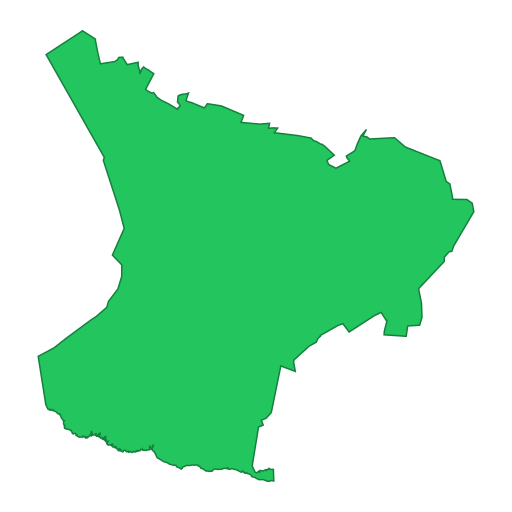 Arriaga, Chiapas, Mexico (Natural Earth projection)
{"feature_id": "50627088B65202645179540", "entity_name": "Arriaga", "entity_type": "district", "adm_level": 2, "iso_a3": "MEX", "parent_name": "Mexico", "parent_adm1": "Chiapas", "projection": "natural_earth1", "projection_center": [-94.031, 16.255], "detail": "fine", "context": "isolated", "style": "filled", "palette": "green", "viewbox_px": 512, "rotation_deg": 0, "n_neighbors": 0, "source": "geoboundaries", "source_scale": "gbopen_adm2", "svg_char_len": 5946}
<svg xmlns="http://www.w3.org/2000/svg" viewBox="0 0 512 512"><path d="M418.6,288.7L444.2,261.5L444.4,257.1L449.1,251.7L451.8,251.4L453.7,246.0L473.8,211.7L472.2,203.2L466.9,199.5L452.6,199.3L452.4,196.6L449.9,184.0L446.2,181.4L440.0,160.8L405.3,147.0L394.5,137.7L369.6,139.0L367.1,137.0L362.9,136.1L366.4,129.5L360.8,136.1L357.5,143.5L354.8,150.8L346.4,156.0L346.7,157.5L349.6,161.2L335.9,168.2L328.5,164.4L327.0,160.3L334.3,155.2L324.7,146.2L322.0,144.2L320.8,144.2L316.6,141.6L313.5,140.6L311.1,138.1L298.0,135.6L274.3,132.7L277.6,128.1L273.3,127.9L268.5,128.2L269.6,123.3L260.0,124.1L241.0,122.4L243.6,115.4L221.4,105.9L207.4,103.7L204.4,107.9L191.8,102.7L186.8,101.2L186.0,100.4L188.5,93.1L186.0,93.9L181.8,94.4L179.5,95.1L178.1,96.0L177.5,102.0L180.2,105.5L179.8,106.4L178.1,107.8L177.6,109.3L168.3,103.7L161.1,100.2L156.5,96.8L155.9,95.5L153.5,92.6L152.3,93.1L150.8,92.7L147.4,90.8L145.6,89.3L153.8,73.7L150.1,71.3L148.6,70.0L145.9,68.7L143.6,67.0L141.8,68.9L139.9,74.0L139.7,70.2L138.7,68.3L138.6,66.8L138.1,65.3L138.2,62.3L127.2,64.6L123.1,58.1L122.9,57.2L118.9,57.4L117.4,59.8L114.6,61.6L100.4,63.8L98.1,54.2L95.5,40.8L95.4,39.1L82.4,30.7L81.8,31.3L46.1,54.6L104.3,157.4L103.3,160.3L119.5,210.3L124.2,228.4L112.4,255.1L121.8,264.9L121.7,276.4L118.0,288.8L108.5,301.3L106.8,307.3L96.2,316.5L90.9,320.0L66.0,338.4L54.1,347.8L38.2,356.3L45.8,404.6L48.0,409.2L50.0,410.1L50.2,409.5L50.5,410.1L51.7,410.0L52.5,410.5L52.9,409.8L53.2,410.5L56.1,411.8L57.5,413.3L58.6,414.0L58.9,413.9L59.3,414.3L59.7,414.1L59.8,414.7L60.3,415.1L61.7,418.6L62.5,419.0L63.3,420.6L64.2,420.7L63.7,421.2L63.5,423.1L63.8,424.5L64.4,425.0L64.3,425.8L64.8,425.7L64.4,427.5L64.6,428.2L65.1,428.2L65.2,428.6L65.7,428.9L66.7,428.9L67.6,429.4L68.9,429.4L70.8,430.6L71.2,430.5L72.3,433.1L73.0,433.9L73.4,433.9L73.5,433.3L75.4,433.5L76.1,434.4L75.9,435.1L76.7,435.6L76.9,435.3L77.3,436.1L79.1,437.1L79.2,436.9L80.7,437.2L82.3,436.8L82.6,437.1L82.7,436.8L83.1,436.6L83.1,436.2L84.0,436.8L84.5,436.7L84.8,436.3L84.8,435.8L85.0,436.9L84.8,437.1L85.5,438.0L86.3,437.9L86.3,437.5L87.1,437.7L87.0,436.9L87.4,436.8L87.7,437.4L87.9,437.1L88.4,437.1L90.0,435.4L90.4,435.6L90.2,435.2L91.0,435.3L91.0,434.8L91.6,434.3L91.5,433.8L91.0,433.3L91.0,432.7L91.2,433.3L91.8,433.5L91.4,432.7L91.6,432.2L91.3,431.8L91.5,431.6L91.9,432.4L91.6,432.9L92.2,433.2L91.7,434.1L91.8,435.3L92.8,435.2L93.3,434.9L94.7,435.0L95.3,434.5L95.5,433.9L96.0,433.6L95.8,433.2L96.2,433.6L96.1,434.2L96.0,434.5L95.5,434.4L95.6,435.2L96.5,436.2L97.8,436.2L98.5,436.6L98.7,436.4L98.7,436.0L97.9,435.4L98.3,435.3L98.5,434.0L99.8,434.3L100.1,432.5L100.3,433.2L100.1,433.9L100.2,434.6L99.1,435.3L99.4,436.0L99.2,436.9L100.2,437.6L100.7,437.5L100.5,437.8L100.8,438.2L102.2,438.7L102.7,438.1L102.8,438.5L103.2,438.3L103.4,437.8L104.7,437.7L104.9,436.7L105.6,436.6L104.7,438.0L103.8,437.9L103.8,438.6L103.1,439.4L104.1,439.7L105.2,440.6L105.2,439.6L105.7,438.7L106.0,439.4L105.8,440.1L105.6,439.9L105.4,440.1L105.6,441.3L105.9,441.4L106.2,440.8L106.3,442.0L106.7,442.0L107.1,442.5L107.4,442.3L107.2,441.8L107.9,441.5L107.3,442.5L106.6,442.5L107.2,444.4L107.8,444.5L108.3,445.1L108.8,444.8L109.7,444.8L111.5,445.6L111.5,445.0L112.0,445.0L111.8,444.3L112.2,444.0L112.8,444.5L112.2,444.3L112.2,444.7L112.8,445.0L112.4,445.3L111.8,445.2L111.6,445.7L113.1,447.1L113.9,447.0L114.8,447.7L115.7,447.8L115.8,447.4L115.4,447.5L115.8,447.3L115.7,446.7L116.5,447.3L116.2,448.0L116.5,448.6L117.4,449.1L118.2,450.5L118.9,450.8L119.8,450.5L120.4,450.0L120.2,449.2L119.3,448.8L120.4,448.4L120.0,448.7L120.5,449.6L121.0,450.0L121.0,450.3L120.5,450.5L120.6,450.9L122.7,451.8L123.4,451.6L123.6,450.6L124.4,450.2L125.7,450.4L125.8,451.0L126.6,451.7L127.0,451.3L127.0,450.8L127.1,451.7L128.3,451.7L128.6,452.1L128.8,452.0L129.0,450.7L129.1,452.2L129.6,452.1L129.7,451.7L130.8,451.6L131.8,452.4L132.1,452.1L132.4,452.3L133.1,452.0L133.8,451.4L134.4,451.9L135.6,451.9L136.0,451.7L136.0,451.0L136.5,450.8L136.9,450.7L136.5,451.3L137.0,451.4L137.9,451.2L138.0,450.8L140.0,450.7L140.8,449.4L141.5,449.7L142.1,449.5L142.3,449.1L142.6,450.1L144.2,450.4L144.9,450.2L145.9,450.5L146.2,450.1L147.4,450.1L148.2,449.7L149.3,449.9L150.0,449.3L149.9,448.4L150.2,448.1L149.8,447.5L150.1,447.1L149.6,446.3L150.2,446.2L150.6,447.3L150.5,448.2L150.7,448.9L151.1,449.1L151.1,448.8L152.1,448.0L152.7,446.7L152.8,445.2L153.1,445.2L153.4,445.4L153.0,445.6L153.0,446.8L152.4,448.4L152.0,448.7L152.0,449.4L152.7,450.7L153.9,451.2L154.5,452.6L155.3,453.1L155.3,453.9L156.4,455.8L156.6,456.9L157.9,458.3L158.5,458.4L164.0,461.8L166.9,462.5L169.4,464.1L173.3,465.2L176.0,465.3L176.2,466.0L177.0,467.0L179.0,467.6L181.3,469.1L182.2,468.3L182.5,467.2L185.6,466.0L186.5,465.3L188.9,465.6L192.4,465.0L194.7,465.2L197.5,464.9L198.0,465.2L198.3,466.1L199.1,466.2L201.0,467.7L201.0,468.4L201.4,468.6L202.6,468.6L206.2,471.1L207.4,471.0L209.6,471.5L211.3,471.0L211.8,471.3L212.2,471.1L213.4,469.6L215.2,469.0L217.5,469.4L220.6,469.3L222.7,469.0L222.9,468.6L224.0,468.3L226.7,468.6L227.2,467.9L227.9,467.8L228.2,468.2L228.1,468.9L228.7,469.2L230.4,469.2L231.8,468.6L232.6,468.7L233.9,469.3L235.5,469.5L237.7,470.4L240.9,472.1L241.9,472.2L242.4,471.1L243.4,471.3L243.9,472.5L245.1,473.3L245.8,473.2L245.8,472.8L246.4,472.5L247.5,473.6L248.6,473.8L250.7,474.7L252.0,476.8L254.8,477.3L255.9,478.2L259.1,479.7L263.2,479.6L267.4,481.2L269.1,481.3L271.7,480.5L273.8,481.0L273.4,469.4L269.9,469.3L269.0,468.3L266.7,470.4L266.0,469.5L263.3,470.9L259.8,470.5L259.6,472.1L259.1,471.6L258.5,471.7L258.3,471.4L257.1,472.7L256.0,472.6L255.0,472.0L252.2,465.9L258.5,427.1L263.2,425.1L261.4,420.2L266.2,418.2L271.3,412.5L280.8,366.0L295.3,371.4L293.7,362.6L293.8,360.1L309.1,346.2L316.2,342.2L318.0,338.4L320.6,336.0L320.3,335.7L320.8,335.2L338.3,325.3L342.9,323.7L349.1,332.0L374.3,315.7L381.1,312.4L386.3,320.5L386.8,320.2L387.0,320.6L384.3,331.3L384.1,334.8L406.2,336.3L407.7,326.0L419.6,325.2L422.0,317.4L421.5,303.4L418.6,288.7Z" fill="#22c55e" stroke="#15803d" stroke-width="1.5"/></svg>